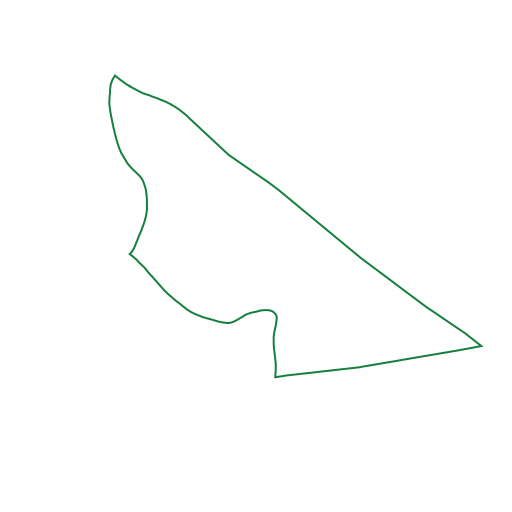 Al Abr, Hadramawt, Yemen, rotated 223°
{"feature_id": "15242507B3031648883440", "entity_name": "Al Abr", "entity_type": "district", "adm_level": 2, "iso_a3": "YEM", "parent_name": "Yemen", "parent_adm1": "Hadramawt", "projection": "robinson", "projection_center": [47.548, 15.923], "detail": "fine", "context": "isolated", "style": "outline", "palette": "green", "viewbox_px": 512, "rotation_deg": 223, "n_neighbors": 0, "source": "geoboundaries", "source_scale": "gbopen_adm2", "svg_char_len": 5005}
<svg xmlns="http://www.w3.org/2000/svg" viewBox="0 0 512 512"><g transform="rotate(223 256 256)"><path d="M151.9,189.8L105.2,244.3L104.0,245.8L101.9,248.7L85.9,269.6L69.8,290.8L64.3,298.0L44.5,323.9L29.8,343.8L45.6,342.5L49.6,342.2L83.8,336.9L96.9,334.8L148.9,329.2L178.4,326.0L284.4,319.7L297.6,318.3L304.9,317.2L344.8,311.3L354.2,311.3L363.7,311.3L380.5,311.3L398.4,311.3L399.3,311.3L400.3,311.3L401.2,311.4L402.3,311.5L410.6,310.8L412.2,310.7L412.7,310.6L413.4,310.5L413.8,310.4L416.1,310.0L417.8,309.7L420.0,309.2L421.8,308.8L422.3,308.7L424.1,308.2L425.6,307.7L426.1,307.6L427.2,307.3L428.6,306.7L429.2,306.5L429.5,306.4L431.2,305.7L432.3,305.3L432.8,305.1L434.7,304.4L436.7,303.6L438.7,302.7L439.4,302.4L440.2,302.0L441.9,301.4L443.5,300.8L444.4,300.4L445.2,300.0L445.8,299.7L446.7,299.3L448.2,298.6L449.7,297.9L450.2,297.7L464.2,293.9L464.3,294.2L465.9,293.7L467.2,293.4L468.2,293.2L470.0,293.0L472.0,292.7L474.1,292.5L474.7,292.4L476.5,292.2L477.0,292.2L478.6,292.0L479.7,292.0L480.5,291.9L482.2,291.8L482.1,291.4L482.0,291.1L481.7,289.2L481.4,288.2L481.3,287.5L480.7,285.7L479.9,284.0L479.5,283.0L479.2,282.4L478.2,280.9L477.5,280.0L477.0,279.3L476.5,278.6L475.9,277.9L475.3,277.2L474.8,276.7L474.1,275.8L473.4,274.9L472.3,273.4L471.4,272.3L470.8,271.6L469.3,269.8L468.0,268.2L466.8,267.1L465.6,265.9L465.4,265.8L465.2,265.6L464.0,264.7L462.4,263.4L460.9,262.2L459.4,261.0L457.9,259.9L455.9,258.5L455.6,258.2L454.2,257.3L453.4,256.7L452.7,256.2L452.0,255.7L451.2,255.1L450.3,254.5L449.5,253.9L447.5,252.5L445.5,251.2L443.6,249.9L443.3,249.7L441.8,248.8L440.8,248.2L440.1,247.7L439.0,247.0L438.3,246.5L436.5,245.4L434.9,244.5L434.5,244.2L432.9,243.4L431.1,242.4L430.4,242.0L429.0,241.3L427.3,240.6L426.6,240.2L425.7,239.8L424.0,239.2L423.7,239.2L422.5,238.8L421.4,238.5L420.9,238.3L419.6,237.9L419.3,237.8L417.6,237.4L415.8,236.8L415.3,236.7L414.1,236.4L412.9,236.1L412.3,236.0L411.2,235.8L410.5,235.7L408.7,235.6L407.9,235.5L406.9,235.4L405.2,235.3L403.4,235.3L401.6,235.3L400.6,235.3L400.0,235.2L399.0,235.2L397.9,235.2L396.9,235.2L396.1,235.1L395.4,235.1L394.4,235.0L392.6,234.7L391.1,234.3L390.9,234.2L390.5,234.0L389.4,233.6L387.8,232.8L387.4,232.6L386.1,231.9L384.6,231.1L383.8,230.7L382.9,230.1L381.4,229.1L380.7,228.5L380.0,227.9L378.7,226.8L378.3,226.6L377.3,225.7L375.9,224.4L374.4,223.0L373.3,221.8L371.8,220.2L370.4,218.7L369.0,217.3L368.5,216.7L367.7,215.9L367.2,215.2L366.7,214.5L365.5,213.0L364.7,211.6L364.5,211.4L363.5,209.8L362.6,208.1L361.6,206.2L360.7,204.5L360.5,204.0L359.9,202.6L359.3,201.3L359.1,200.9L358.7,199.8L358.3,199.0L358.2,198.7L357.6,197.4L357.5,197.0L357.0,195.8L356.2,193.7L355.9,192.4L355.6,191.7L354.9,189.8L354.2,188.1L353.3,186.1L352.8,184.4L352.3,183.1L352.1,182.8L351.3,180.8L351.2,180.3L350.8,179.1L350.4,177.7L350.2,177.0L350.0,175.9L349.7,174.9L349.7,174.7L349.7,173.2L349.7,172.9L349.7,171.3L349.1,171.4L348.8,171.4L347.3,171.5L345.4,171.7L345.1,171.7L343.4,171.7L342.6,171.8L341.6,171.9L340.7,171.8L339.4,171.7L338.4,171.6L337.4,171.5L335.5,171.5L334.7,171.5L333.3,171.5L332.6,171.5L331.4,171.5L329.3,171.4L328.5,171.3L327.4,171.2L326.1,171.0L325.5,170.9L324.6,170.7L323.4,170.6L321.8,170.4L319.9,170.2L318.2,170.2L317.4,170.1L316.4,170.0L315.5,169.9L314.6,169.8L312.8,169.6L310.9,169.5L309.1,169.3L306.8,169.0L305.1,168.9L303.2,168.7L301.1,168.5L300.5,168.4L299.1,168.3L297.0,168.3L294.8,168.2L292.7,168.3L292.1,168.3L290.7,168.4L289.1,168.4L286.3,168.5L283.8,168.7L282.3,168.8L281.7,168.9L280.0,169.1L279.9,169.1L277.9,169.3L277.2,169.3L276.2,169.3L274.4,169.5L273.8,169.5L272.1,169.7L271.9,169.7L270.1,169.8L267.9,170.2L266.9,170.4L265.9,170.6L263.7,171.2L262.0,171.7L260.5,172.2L258.6,173.0L258.3,173.1L256.7,173.7L255.9,174.0L255.2,174.2L253.5,175.0L252.9,175.2L251.9,175.7L249.9,176.7L249.2,177.1L248.0,177.7L246.3,178.7L245.3,179.1L244.7,179.5L244.3,179.7L242.2,180.7L241.2,181.2L240.6,181.5L239.0,182.3L238.3,182.7L237.6,183.1L236.1,184.0L234.4,185.2L233.8,185.6L232.9,186.3L232.4,186.6L231.5,187.3L231.0,187.7L230.3,188.4L229.7,189.2L229.1,189.8L228.1,191.5L227.6,192.7L227.4,193.1L226.7,195.1L226.2,196.5L226.0,197.2L225.5,198.9L224.9,200.8L224.3,202.6L224.0,204.4L223.4,206.3L222.5,208.2L221.9,209.2L221.6,209.9L220.6,211.5L219.6,213.0L218.3,214.8L217.1,216.6L216.1,218.3L215.1,219.7L213.8,221.2L212.3,222.8L210.8,224.1L209.5,225.2L208.3,225.9L208.0,226.0L206.4,226.7L204.6,226.9L202.9,226.9L201.2,226.6L200.2,226.1L199.6,225.8L198.3,224.5L197.8,223.9L197.7,223.7L196.7,222.4L196.3,221.7L195.6,220.8L194.9,219.8L194.7,219.4L193.9,218.2L193.6,217.7L192.7,216.1L191.5,214.1L191.0,213.3L190.2,212.0L189.7,211.4L189.2,210.7L188.6,209.9L188.1,209.2L186.6,207.5L185.2,206.0L183.7,204.4L182.2,202.9L180.7,201.5L179.9,200.7L179.4,200.2L177.8,199.0L176.6,198.0L176.4,197.8L175.0,196.6L174.9,196.5L173.6,195.4L172.2,194.2L171.7,193.8L170.6,192.9L169.2,191.7L168.7,191.2L167.7,190.4L166.7,189.2L166.3,188.7L165.1,187.5L164.4,186.6L163.9,186.1L163.3,185.4L162.5,184.5L159.2,180.5L151.9,189.8Z" fill="none" stroke="#15803d" stroke-width="2"/></g></svg>